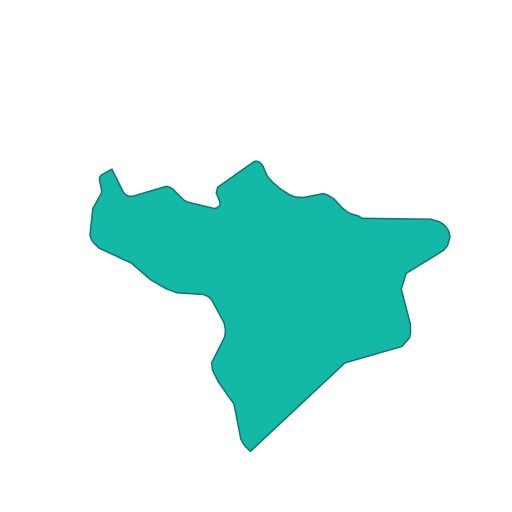 outline of Lewisham, rotated 312°
{"feature_id": "GBR-2769", "entity_name": "Lewisham", "entity_type": "London Borough", "adm_level": 1, "iso_a3": "GBR", "parent_name": "United Kingdom", "parent_adm1": "", "projection": "mercator", "projection_center": [-0.009, 51.45], "detail": "fine", "context": "isolated", "style": "filled", "palette": "teal", "viewbox_px": 512, "rotation_deg": 312, "n_neighbors": 0, "source": "natural_earth", "source_scale": "10m", "svg_char_len": 1244}
<svg xmlns="http://www.w3.org/2000/svg" viewBox="0 0 512 512"><g transform="rotate(312 256 256)"><path d="M213.2,87.0L224.1,90.8L214.9,114.1L214.5,116.6L214.5,118.9L215.0,120.9L217.8,124.4L247.8,142.7L249.5,146.5L250.1,149.4L249.3,162.9L249.3,164.8L250.4,169.3L263.4,193.3L265.9,194.9L269.3,195.3L270.4,194.7L272.3,192.4L276.4,184.2L281.4,181.5L324.7,191.3L326.1,192.2L327.0,193.3L328.0,195.3L327.9,199.7L327.3,201.5L323.7,208.9L322.7,212.1L321.9,218.9L322.2,229.0L323.9,239.7L326.2,245.7L331.3,252.2L347.0,263.9L348.4,266.1L350.0,271.6L350.6,276.0L349.5,287.4L349.8,294.1L350.5,297.4L353.8,304.3L354.6,306.5L354.7,308.3L354.7,309.3L400.5,361.5L404.3,370.0L404.7,372.9L404.9,375.9L403.8,381.6L402.5,384.1L399.9,387.4L391.8,391.4L385.5,391.6L343.6,379.2L328.6,386.1L309.0,415.8L302.8,421.9L298.1,424.8L286.6,425.0L236.1,393.6L107.1,382.6L107.3,375.6L108.6,370.0L109.8,367.2L131.2,338.8L137.3,312.1L142.1,300.1L146.8,294.5L175.0,286.9L180.7,282.7L185.1,276.9L193.9,251.9L193.9,248.2L193.3,245.7L192.0,242.4L175.9,222.1L171.4,210.9L167.8,193.3L167.3,168.1L156.8,134.0L157.1,127.1L157.7,123.8L158.9,121.1L160.5,118.6L182.2,102.9L198.9,99.2L201.1,97.9L207.8,88.8L210.2,87.0L213.2,87.0Z" fill="#14b8a6" stroke="#0f766e" stroke-width="1.5"/></g></svg>